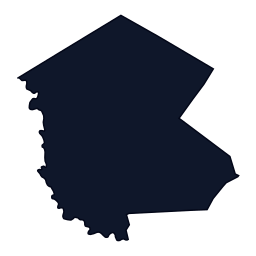 outline of Sullivan, New York, United States of America
{"feature_id": "52423323B4442832355941", "entity_name": "Sullivan", "entity_type": "district", "adm_level": 2, "iso_a3": "USA", "parent_name": "United States of America", "parent_adm1": "New York", "projection": "mercator", "projection_center": [-74.957, 41.719], "detail": "fine", "context": "isolated", "style": "filled", "palette": "ink", "viewbox_px": 256, "rotation_deg": 0, "n_neighbors": 0, "source": "geoboundaries", "source_scale": "gbopen_adm2", "svg_char_len": 2518}
<svg xmlns="http://www.w3.org/2000/svg" viewBox="0 0 256 256"><path d="M120.9,15.4L59.6,52.6L17.4,78.3L18.2,77.9L19.2,77.8L21.8,80.4L22.7,80.5L25.3,80.2L26.2,80.6L26.5,81.0L26.8,82.1L26.8,83.8L26.3,86.1L26.3,87.2L26.4,87.8L26.8,88.9L30.6,90.6L32.4,92.5L33.5,93.2L34.6,93.2L36.3,91.9L36.8,91.8L37.8,91.8L38.4,92.4L38.6,93.1L38.4,94.4L37.8,96.7L37.1,98.1L36.7,98.5L35.8,98.9L33.9,98.5L32.6,98.9L30.2,102.1L29.9,102.7L29.6,104.4L29.4,105.6L29.3,107.3L29.3,107.9L29.6,108.5L30.3,109.3L31.9,109.6L32.6,109.6L36.4,108.5L37.4,108.4L37.9,108.7L38.3,109.4L39.5,110.0L40.5,110.2L41.7,111.0L43.7,115.6L43.9,118.5L43.3,122.1L43.7,125.2L44.8,129.7L44.7,130.4L44.5,130.9L44.1,131.1L41.6,130.6L40.0,130.7L39.4,131.6L39.4,132.4L39.8,133.4L41.9,135.6L42.8,137.1L43.9,139.9L44.4,142.1L44.3,143.1L44.0,143.6L42.2,145.2L42.1,145.9L42.3,147.0L42.7,147.2L43.6,147.5L44.7,149.6L45.1,152.0L44.9,157.5L45.1,160.5L45.2,161.2L46.5,164.4L46.3,166.5L46.0,167.2L45.5,167.3L45.2,167.3L44.2,166.4L43.6,166.2L41.9,166.7L41.4,167.1L41.4,167.5L41.9,168.6L42.0,169.2L41.1,169.7L39.7,169.5L38.6,169.7L37.7,170.3L37.8,171.1L39.1,172.7L39.9,173.5L40.8,175.3L41.9,176.8L43.9,177.9L45.6,179.6L46.4,182.7L47.4,184.8L48.4,185.8L49.5,186.5L50.6,186.7L51.1,187.1L53.6,191.5L54.2,193.5L54.3,194.4L53.9,194.9L52.4,195.4L51.8,196.1L51.8,197.8L52.0,198.2L52.3,198.6L54.1,199.0L54.6,199.2L56.1,200.3L57.8,202.0L58.5,203.3L58.6,203.8L58.6,204.4L58.1,205.6L57.8,206.9L57.8,207.6L58.0,208.0L59.0,208.3L60.6,207.8L62.3,207.8L62.9,208.1L63.3,208.6L63.8,210.7L63.9,211.7L63.8,212.4L63.0,215.2L62.9,216.4L63.1,217.2L63.6,218.3L64.0,218.7L67.4,219.6L70.6,220.0L71.2,219.9L73.5,218.4L74.2,217.4L75.3,217.3L77.9,217.8L79.5,219.3L80.3,219.7L82.2,219.7L83.6,220.3L84.5,221.5L84.8,223.1L84.8,224.4L85.2,225.8L85.9,226.3L88.5,226.9L89.4,227.3L89.8,227.9L90.2,229.0L90.2,229.5L88.6,231.4L88.1,232.9L88.2,233.7L88.8,234.1L90.3,234.4L93.7,233.6L97.1,232.2L98.8,232.1L100.1,232.5L101.7,233.7L102.5,234.6L105.0,236.9L105.6,237.2L106.7,237.3L107.3,237.2L108.0,236.8L108.9,234.9L110.3,233.5L112.0,232.6L113.3,232.6L113.8,232.9L115.0,234.4L115.3,235.2L115.4,236.5L115.5,237.0L116.7,239.8L117.1,240.3L118.1,240.6L119.8,240.4L121.6,239.3L123.0,238.9L123.7,238.9L125.7,239.9L127.1,240.0L128.2,239.4L126.0,230.1L129.3,224.8L126.4,214.6L128.9,213.4L191.8,210.2L207.1,209.6L213.1,198.5L223.0,186.3L226.2,182.7L237.8,176.7L238.6,175.6L235.2,174.0L229.9,156.5L179.0,118.3L193.0,98.8L203.9,84.2L213.3,68.9L156.4,35.4L151.0,32.4L120.9,15.4Z" fill="#0f172a" stroke="#020617" stroke-width="1.5"/></svg>